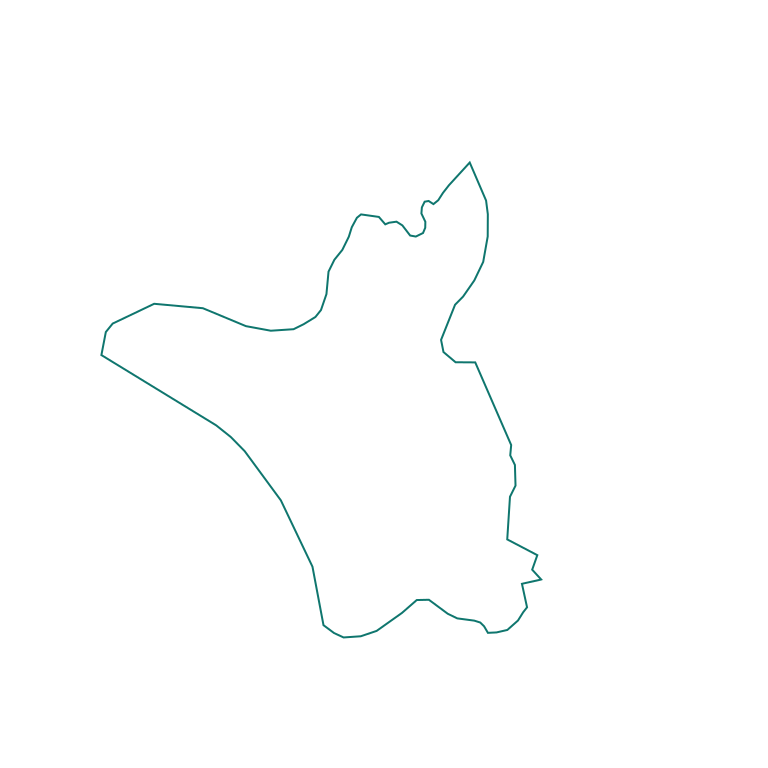 the border of Tolmin, rotated 218°
{"feature_id": "SVN-1018", "entity_name": "Tolmin", "entity_type": "Municipality", "adm_level": 1, "iso_a3": "SVN", "parent_name": "Slovenia", "parent_adm1": "", "projection": "robinson", "projection_center": [13.801, 46.147], "detail": "fine", "context": "isolated", "style": "outline", "palette": "teal", "viewbox_px": 768, "rotation_deg": 218, "n_neighbors": 0, "source": "natural_earth", "source_scale": "10m", "svg_char_len": 1186}
<svg xmlns="http://www.w3.org/2000/svg" viewBox="0 0 768 768"><g transform="rotate(218 384 384)"><path d="M157.8,343.5L152.9,328.9L139.8,326.7L140.0,326.4L152.3,311.5L133.8,296.1L133.8,289.8L132.8,280.1L135.4,266.1L142.4,257.5L148.9,251.9L156.0,254.7L161.3,255.3L167.2,253.1L182.0,244.4L192.3,242.2L215.8,241.6L225.2,233.9L228.9,214.7L237.8,184.9L247.0,170.9L259.8,159.4L270.0,157.0L283.2,156.7L327.9,196.0L393.6,228.8L452.4,245.3L472.0,247.9L490.7,248.1L624.5,232.8L635.2,253.7L635.0,264.6L614.5,305.7L573.4,332.2L528.4,344.6L506.0,356.3L489.0,371.5L484.1,381.7L479.3,394.6L479.2,403.5L484.7,419.4L496.9,438.4L499.6,451.4L499.4,464.0L502.4,478.4L505.9,487.7L507.7,498.3L506.5,503.5L490.9,512.5L481.3,510.6L479.3,514.2L474.1,519.6L467.2,520.3L454.8,517.1L449.7,519.8L446.2,527.0L447.7,532.5L451.3,537.3L459.5,541.4L462.9,546.5L464.2,552.7L461.5,555.7L455.8,556.2L454.4,562.2L455.2,570.9L455.2,580.7L452.8,611.3L416.5,591.4L406.7,581.7L393.1,564.1L381.0,541.3L376.6,521.2L375.5,501.6L376.8,490.2L366.2,453.9L356.8,445.8L341.0,445.2L325.4,457.2L246.2,414.2L240.6,405.5L231.0,400.8L217.8,384.9L215.3,372.7L191.2,337.4L157.8,343.5Z" fill="none" stroke="#0f766e" stroke-width="2"/></g></svg>